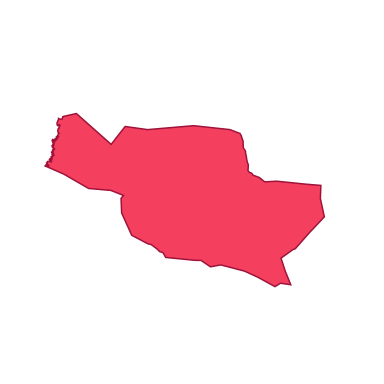 Tarialan, Uvs, Mongolia, rotated 241°
{"feature_id": "93677404B95809249566268", "entity_name": "Tarialan", "entity_type": "district", "adm_level": 2, "iso_a3": "MNG", "parent_name": "Mongolia", "parent_adm1": "Uvs", "projection": "robinson", "projection_center": [92.281, 49.747], "detail": "fine", "context": "isolated", "style": "filled", "palette": "rose", "viewbox_px": 384, "rotation_deg": 241, "n_neighbors": 0, "source": "geoboundaries", "source_scale": "gbopen_adm2", "svg_char_len": 5200}
<svg xmlns="http://www.w3.org/2000/svg" viewBox="0 0 384 384"><g transform="rotate(241 192 192)"><path d="M69.0,218.7L69.3,225.2L63.0,233.4L77.6,235.2L91.0,237.8L92.7,252.3L92.3,254.8L94.3,260.4L99.1,273.8L106.1,295.7L124.0,301.1L135.3,307.9L143.5,295.6L160.4,271.3L165.4,261.0L165.7,260.5L166.2,260.4L166.6,260.0L167.3,259.7L167.9,259.6L168.6,259.3L168.8,259.1L169.5,258.8L169.9,258.7L170.2,258.8L170.4,258.6L170.8,258.2L171.6,258.2L172.2,257.8L173.1,257.0L175.1,255.3L176.6,253.9L177.3,253.6L178.3,253.5L179.0,253.4L179.9,253.0L180.2,252.8L180.7,252.2L181.2,251.8L181.6,251.7L183.5,251.3L185.5,252.6L186.9,253.5L187.8,254.0L188.5,254.5L190.5,254.7L192.8,255.3L194.7,255.9L195.9,256.5L197.2,256.8L198.9,257.5L199.5,257.6L200.6,257.9L200.9,258.0L201.2,258.4L201.6,258.5L203.5,258.6L205.0,258.3L205.9,258.4L206.4,258.6L206.8,258.9L207.6,259.2L208.3,259.7L209.2,259.9L210.0,260.5L211.3,261.1L212.5,261.6L213.3,261.5L213.8,261.5L214.7,261.9L215.4,261.9L216.9,262.3L217.6,262.4L218.8,262.3L219.9,262.4L228.2,255.4L249.2,225.6L268.1,183.4L281.7,165.3L277.3,154.8L272.8,144.4L316.7,128.9L320.6,115.6L320.1,115.4L319.7,114.7L319.0,114.1L318.8,113.7L318.8,113.4L319.2,112.9L319.3,112.5L319.4,112.2L320.1,111.7L320.4,111.2L320.8,111.0L321.0,110.9L320.1,110.3L319.2,109.0L318.6,108.4L318.3,107.8L317.8,107.5L317.2,107.0L316.3,106.8L315.6,106.5L315.3,106.6L315.1,106.9L315.0,107.5L315.3,107.9L315.4,108.1L315.2,108.7L314.7,108.7L314.4,108.7L314.2,108.8L314.1,108.6L314.1,108.2L314.4,108.1L314.5,107.8L314.5,107.6L314.1,107.8L313.9,107.8L313.5,107.6L313.3,107.3L313.1,107.1L312.8,106.8L312.7,106.8L312.4,107.0L312.3,106.9L312.2,106.3L312.3,106.1L312.2,105.7L311.7,105.1L310.9,104.6L310.4,104.1L310.1,104.0L309.6,103.9L309.2,104.0L308.4,104.1L308.6,103.9L308.4,103.7L308.2,103.6L307.9,103.6L307.8,103.3L307.3,103.0L307.1,102.7L306.6,102.3L306.4,102.0L306.5,101.7L306.3,101.6L306.0,101.8L305.5,102.1L305.4,102.1L305.1,102.0L304.9,101.9L304.9,101.7L305.7,101.6L306.0,101.5L306.1,101.3L305.9,100.5L306.0,100.4L306.0,100.2L305.8,99.8L305.7,99.8L305.4,99.9L305.3,100.1L305.0,100.1L304.7,99.9L304.4,100.1L304.1,100.1L303.9,99.7L304.5,99.4L304.6,99.1L304.6,98.8L304.6,98.7L304.2,98.8L304.1,98.7L303.6,98.8L303.4,98.7L303.6,98.4L304.6,98.3L304.8,98.1L304.6,98.0L303.9,97.9L303.5,97.4L303.4,96.9L303.1,97.0L303.1,96.8L302.9,96.9L302.8,96.7L303.0,96.5L302.9,96.2L303.8,95.8L303.4,95.7L303.4,95.3L303.6,95.2L303.8,95.2L304.0,95.3L304.0,95.6L304.2,95.9L304.3,96.0L304.1,96.2L304.2,96.3L304.3,96.4L304.3,96.5L304.7,96.5L304.8,96.4L304.9,96.2L305.1,96.1L305.2,95.8L305.4,95.6L305.2,95.5L304.8,96.0L304.6,96.1L304.6,95.9L304.7,95.6L304.6,95.4L304.8,95.2L304.5,95.1L304.6,94.9L304.6,94.5L304.3,94.5L304.1,94.8L303.9,95.0L303.8,94.9L303.8,94.7L303.1,94.9L302.8,94.8L302.8,94.7L303.0,94.4L302.9,94.3L302.6,94.5L302.3,94.4L302.2,94.7L302.1,94.8L301.8,95.1L301.5,95.2L301.3,94.9L301.5,94.1L301.5,93.9L301.3,93.7L301.0,94.3L300.8,94.4L300.4,94.2L300.5,93.7L300.8,93.1L300.7,92.9L300.4,93.0L300.2,93.4L299.7,93.3L299.7,92.9L300.0,92.3L300.0,92.2L299.8,92.2L299.3,92.8L299.1,92.7L299.0,92.2L298.8,92.1L299.1,91.9L298.9,91.9L298.9,91.7L298.7,91.6L298.5,92.1L298.0,92.4L297.4,92.2L297.2,92.3L297.0,92.5L296.8,92.6L296.5,92.6L296.0,92.5L296.0,92.3L296.2,92.2L296.7,92.1L297.0,92.0L297.0,91.9L296.9,91.7L296.6,91.6L296.4,91.5L296.8,91.2L296.7,91.0L296.5,90.9L296.2,90.9L296.0,90.7L296.1,90.4L296.1,90.2L295.6,89.8L295.4,89.8L295.2,90.3L294.9,90.4L294.7,90.1L294.7,89.8L294.7,89.7L295.0,89.5L295.0,89.4L294.8,89.4L294.7,89.5L294.5,89.4L294.6,89.1L293.6,89.6L293.2,89.6L293.1,89.4L293.2,89.1L293.1,88.8L293.2,88.6L293.5,88.5L293.6,88.4L292.6,88.4L292.5,88.6L292.2,88.7L292.3,88.8L292.2,88.9L291.6,89.1L291.0,89.1L290.9,89.0L290.9,88.9L291.5,88.5L291.7,88.3L292.0,87.7L291.8,87.6L291.8,87.9L291.3,87.9L290.9,87.9L290.9,87.7L291.3,87.5L290.7,87.4L290.6,87.1L290.6,86.9L290.4,86.6L290.3,86.4L290.4,86.2L290.9,86.3L291.1,86.2L291.1,85.8L291.0,85.7L290.4,85.6L290.2,85.7L289.7,85.9L288.8,85.9L288.7,85.8L288.7,85.6L289.3,85.1L290.0,85.2L289.9,84.1L289.4,83.9L289.4,83.6L289.4,83.3L289.0,83.5L288.9,83.6L288.9,83.8L289.2,83.8L288.7,84.3L288.3,84.5L287.9,84.3L287.7,83.9L287.5,83.7L287.3,83.7L286.9,84.0L286.5,84.0L286.4,83.8L286.5,83.7L286.8,83.7L286.7,83.4L286.7,83.2L286.9,83.1L287.2,83.2L287.5,83.1L287.8,83.5L288.1,83.6L288.3,83.7L288.5,83.5L288.6,83.3L288.6,83.0L288.2,82.1L288.2,81.9L288.1,81.7L288.2,81.4L288.7,80.8L288.7,80.4L288.4,80.0L287.8,79.5L287.4,79.4L287.2,79.3L287.7,78.9L287.4,78.8L287.0,78.8L286.7,78.6L286.7,78.3L286.6,78.0L286.6,77.9L286.4,78.0L286.2,78.3L286.2,78.6L286.2,78.8L285.6,78.8L285.6,79.1L285.1,79.3L285.1,79.5L284.8,79.7L284.6,79.6L284.3,79.4L284.3,79.2L284.4,78.9L284.8,78.7L284.9,78.2L285.4,78.0L285.5,78.0L285.6,77.6L285.1,77.8L284.9,77.6L284.9,77.2L285.0,77.0L285.4,76.8L286.1,76.3L286.1,76.2L285.8,76.1L284.8,77.1L269.7,88.6L245.2,103.3L232.7,121.8L222.2,130.4L220.9,126.9L207.8,120.3L183.3,118.3L168.5,128.0L167.4,128.9L166.9,129.7L166.5,130.2L164.8,131.3L159.8,133.5L158.0,134.2L156.0,134.6L155.3,135.0L154.8,135.5L154.4,136.1L153.9,136.4L153.1,137.2L147.5,137.3L130.9,161.3L127.8,166.7L117.6,171.9L114.3,181.8L97.5,199.4L85.9,208.0L69.0,218.7Z" fill="#f43f5e" stroke="#9f1239" stroke-width="1.5"/></g></svg>